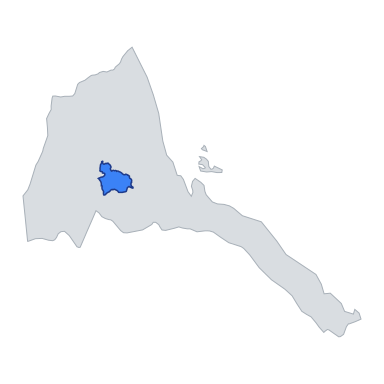 Mensura, Gash Barka, Eritrea (highlighted)
{"feature_id": "51966322B6823166627891", "entity_name": "Mensura", "entity_type": "district", "adm_level": 2, "iso_a3": "ERI", "parent_name": "Eritrea", "parent_adm1": "Gash Barka", "projection": "albers", "projection_center": [38.235, 15.48], "detail": "fine", "context": "in_parent", "style": "filled", "palette": "blue", "viewbox_px": 384, "rotation_deg": 0, "n_neighbors": 0, "source": "geoboundaries", "source_scale": "gbopen_adm2", "svg_char_len": 7047}
<svg xmlns="http://www.w3.org/2000/svg" viewBox="0 0 384 384"><path d="M27.6,241.3L26.1,226.4L25.1,216.4L24.0,205.8L23.0,195.9L27.8,189.8L30.1,184.0L35.9,165.1L38.2,161.4L42.7,151.3L43.3,148.4L47.8,135.6L47.4,127.2L46.6,118.6L49.0,113.5L51.2,109.5L51.1,106.1L52.1,98.1L52.8,96.1L55.4,96.0L60.7,97.0L64.7,96.3L69.2,96.3L72.7,96.0L74.8,93.6L77.7,84.3L79.5,82.5L81.0,81.9L85.0,80.2L88.4,77.5L91.2,75.5L92.2,75.2L95.2,74.9L98.1,73.8L99.5,72.5L103.2,71.4L106.9,72.0L109.3,70.9L111.0,70.1L112.8,70.1L114.5,69.0L115.2,67.3L116.3,66.3L119.2,63.9L120.5,62.1L121.1,60.4L121.6,59.0L122.9,56.6L127.8,50.6L132.1,47.2L147.1,77.1L153.3,94.8L158.7,113.3L162.8,141.0L166.7,155.2L172.9,162.1L177.2,175.3L180.8,175.8L183.4,179.4L188.0,191.7L191.3,196.3L192.9,192.4L192.7,190.1L191.4,186.3L192.6,181.3L195.1,178.4L200.8,182.3L204.0,185.4L204.9,191.4L206.2,194.8L212.3,201.9L217.4,203.9L224.0,204.4L229.5,205.9L233.9,208.5L242.3,215.7L261.3,221.8L276.8,241.1L286.0,254.5L316.0,274.5L321.3,284.2L324.1,293.8L330.3,293.2L341.3,303.5L344.6,311.4L353.4,314.1L354.8,309.4L359.1,313.1L361.0,319.1L355.4,321.6L349.2,323.9L348.4,323.8L346.4,326.7L343.6,334.3L340.4,336.6L338.7,336.8L328.9,329.9L327.4,329.5L325.3,331.0L323.8,332.4L319.2,327.2L315.8,322.5L311.1,316.9L306.6,314.4L301.8,311.3L297.0,303.9L292.1,295.8L284.9,289.2L271.5,279.8L259.2,267.7L249.8,255.0L243.7,248.4L241.2,246.7L228.8,242.7L220.1,236.9L213.4,232.1L209.4,230.9L205.4,230.8L197.0,231.8L190.0,228.8L187.1,228.8L182.4,228.0L178.8,226.9L174.5,228.2L165.6,230.4L162.0,230.0L160.0,227.0L158.8,224.7L155.7,222.3L153.2,222.3L151.8,224.5L142.6,229.9L127.1,232.9L123.5,232.7L120.7,230.6L112.9,221.3L110.7,219.8L108.9,219.6L105.3,218.5L101.9,216.7L99.0,212.9L96.0,210.7L92.8,218.2L87.1,231.2L84.1,238.2L80.2,247.2L79.0,247.5L77.0,246.8L69.3,235.6L64.5,231.3L60.9,231.7L58.2,233.8L56.5,237.5L54.7,239.8L52.7,240.7L48.5,240.2L42.1,238.4L35.4,238.7L28.5,241.2L27.6,241.3ZM208.8,166.5L210.9,169.3L212.4,169.0L213.5,168.1L214.3,166.1L222.2,169.9L221.8,172.5L217.1,172.6L211.6,171.6L206.6,172.0L200.6,171.0L199.1,166.6L203.0,168.7L205.0,168.2L205.3,167.6L202.6,164.7L198.8,164.1L199.0,161.8L200.7,160.9L201.7,159.8L199.5,156.6L203.8,157.3L206.5,159.2L208.3,161.4L208.8,166.5ZM205.4,146.5L207.1,151.5L202.3,149.7L201.4,148.6L203.6,146.6L204.0,145.4L205.4,146.5Z" fill="#d9dde1" stroke="#a8b0b8" stroke-width="1"/><path d="M98.3,178.4L98.5,178.5L98.8,178.9L99.1,179.2L99.3,179.5L99.5,179.7L99.5,179.8L99.7,180.0L99.8,180.2L99.8,180.3L100.1,180.6L100.4,181.1L100.8,181.7L100.8,181.8L100.9,182.1L101.1,182.5L101.2,182.9L101.3,183.6L101.3,184.4L101.4,185.1L101.5,185.4L101.4,185.6L101.5,185.6L101.8,185.7L102.0,185.9L102.1,186.0L102.0,186.4L102.0,186.7L102.1,186.9L102.0,187.2L102.0,187.5L102.0,187.9L102.0,188.2L102.1,188.6L102.1,188.9L102.3,189.4L102.4,189.6L102.7,190.0L103.0,190.3L103.2,190.7L103.3,191.1L103.6,191.6L103.6,192.1L103.5,192.5L103.4,193.0L103.5,193.4L103.5,193.9L103.6,194.6L103.7,194.9L103.8,195.0L104.2,195.0L104.5,195.0L104.9,194.9L105.2,194.7L105.6,194.5L105.7,194.2L106.0,193.9L106.3,193.6L106.4,193.4L106.7,193.2L107.4,192.7L107.8,192.5L108.1,192.3L108.3,192.1L108.6,192.0L108.9,192.0L109.2,191.8L109.5,191.6L109.8,191.3L110.0,191.1L110.2,190.8L110.5,190.4L110.8,190.2L111.0,190.0L111.4,189.7L111.9,189.5L112.2,189.5L112.5,189.5L112.7,189.8L112.8,189.8L113.2,189.6L113.5,189.6L113.9,189.3L114.4,189.3L114.5,189.3L114.9,189.5L115.1,189.5L115.4,189.7L115.6,189.8L116.0,190.0L116.5,190.3L116.9,190.4L117.1,190.5L117.7,191.1L118.0,191.4L118.3,191.8L118.4,192.0L118.5,192.2L118.6,192.3L118.9,192.4L120.1,192.4L120.6,192.4L122.1,192.4L122.4,192.4L122.7,192.3L122.9,192.2L123.1,192.2L123.3,192.1L123.7,192.1L124.0,192.0L124.3,191.9L124.7,191.9L125.0,191.8L125.4,191.7L125.6,191.7L126.0,191.5L126.2,191.4L126.3,191.2L126.5,190.8L126.6,190.5L126.6,190.2L126.9,189.2L127.1,188.8L127.2,188.0L127.7,187.4L128.4,186.9L128.7,186.7L128.9,186.5L129.1,186.5L129.3,186.7L129.8,187.0L130.1,187.2L130.6,187.4L130.9,187.5L131.0,187.5L131.4,187.7L131.5,187.8L132.3,188.0L132.5,188.1L132.8,188.1L133.0,188.0L133.0,187.9L132.9,187.8L132.8,187.7L133.0,187.5L133.0,187.4L132.9,187.1L132.7,187.0L132.6,186.9L132.4,186.8L132.2,186.8L132.0,186.7L131.9,186.8L131.7,186.8L131.5,186.7L131.4,186.4L131.5,186.4L131.5,186.0L131.5,185.8L131.3,185.5L131.2,185.4L131.1,185.2L131.0,184.7L130.9,184.5L130.9,184.3L130.9,184.2L131.0,184.0L131.0,183.7L131.1,183.3L131.1,183.0L131.3,182.7L131.2,182.7L131.4,182.2L131.4,181.9L131.5,181.7L131.6,181.4L131.7,180.9L131.7,180.7L131.6,180.1L131.5,179.7L131.2,179.2L130.7,178.8L130.5,178.7L130.3,178.6L130.2,178.5L130.1,178.4L129.7,178.2L129.6,177.9L129.4,177.1L129.4,176.9L129.4,176.6L129.4,176.4L129.4,176.1L129.0,175.8L128.9,175.8L128.8,175.7L128.7,175.6L128.2,175.4L127.9,175.0L127.6,175.1L127.3,174.8L127.2,174.7L126.7,174.5L126.4,174.4L126.0,174.2L125.8,174.2L125.7,174.2L125.6,174.4L125.6,174.5L125.0,174.6L124.9,174.7L124.6,174.7L124.3,174.7L123.8,174.7L123.2,174.3L122.9,174.1L122.7,174.0L122.3,173.7L122.2,173.6L122.1,173.4L121.8,173.1L121.7,173.0L121.5,172.9L121.4,172.8L121.2,172.7L120.8,172.4L120.3,172.1L120.1,172.0L119.9,171.9L119.0,171.7L118.8,171.4L118.4,171.2L118.0,171.1L117.8,171.0L117.7,171.0L117.4,171.1L117.2,171.1L116.8,171.2L116.6,171.3L116.5,171.0L116.4,170.8L116.1,170.7L115.8,170.6L115.7,170.5L115.4,170.5L115.1,170.6L114.9,170.7L114.7,170.8L114.4,170.8L114.2,170.7L113.9,170.5L113.7,170.4L113.3,170.3L113.0,170.4L112.9,170.4L111.9,171.0L111.7,171.1L111.4,171.0L111.3,170.8L111.2,170.6L110.7,170.0L110.7,169.7L110.5,169.4L110.4,169.2L110.4,168.9L110.3,168.6L110.4,168.4L110.6,168.1L110.7,167.9L110.8,167.7L111.0,167.2L111.0,166.9L110.9,166.6L110.7,166.4L110.6,166.0L110.5,165.6L110.3,165.4L110.2,165.2L109.9,164.8L109.6,164.5L109.3,164.3L109.0,164.1L108.7,163.9L108.6,163.7L108.4,163.4L108.2,163.2L107.8,163.1L107.7,163.2L107.5,163.3L107.1,163.6L106.9,163.6L106.7,163.6L106.3,163.3L106.2,163.3L105.9,163.4L105.9,163.6L105.6,163.6L105.2,163.5L104.8,163.9L104.5,164.0L104.2,164.2L103.5,164.1L103.3,164.0L103.1,163.8L102.9,163.4L102.8,163.2L102.7,162.7L102.6,162.4L102.6,162.0L102.6,161.8L102.6,161.7L102.8,161.5L102.8,161.4L102.7,161.3L102.1,161.9L101.7,161.7L101.6,161.9L101.6,162.2L101.7,162.5L101.6,162.9L101.5,163.2L101.3,163.5L100.8,164.2L100.6,164.5L100.4,165.1L100.4,165.4L100.4,166.0L100.3,166.5L100.2,167.0L100.1,167.6L100.1,168.2L100.0,168.7L100.0,169.0L100.1,169.5L100.1,169.8L100.1,170.0L100.0,170.5L99.9,170.6L100.0,170.9L100.1,171.1L100.4,171.4L100.8,171.5L101.1,171.5L101.5,171.5L101.8,171.6L102.2,171.7L102.3,171.8L102.5,172.1L102.5,172.4L102.5,172.6L102.4,172.9L102.5,173.0L102.8,173.1L103.4,173.1L104.2,173.3L104.4,173.3L104.7,173.6L104.8,173.8L104.8,174.0L104.8,174.6L104.8,174.9L104.7,175.0L104.6,175.3L104.4,175.6L104.3,175.8L104.2,175.9L103.7,176.2L103.3,176.6L102.8,176.8L102.6,176.9L102.1,177.1L101.9,177.1L101.7,177.1L101.3,177.1L101.1,177.2L100.9,177.2L100.8,177.3L100.6,177.4L100.4,177.5L100.2,177.6L99.8,177.8L99.7,177.8L99.4,177.9L99.3,178.0L98.9,178.2L98.7,178.2L98.4,178.3L98.3,178.4Z" fill="#3b82f6" stroke="#1e3a8a" stroke-width="1.5"/></svg>